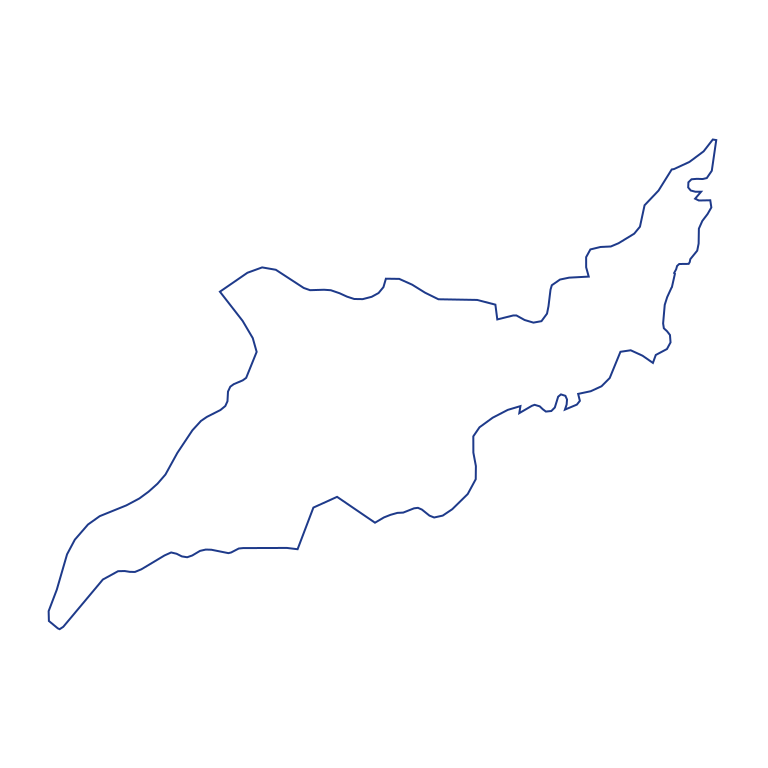 outline of Iloilo, rotated 9°
{"feature_id": "PHL-2529", "entity_name": "Iloilo", "entity_type": "Province", "adm_level": 1, "iso_a3": "PHL", "parent_name": "Philippines", "parent_adm1": "", "projection": "orthographic", "projection_center": [122.71, 11.03], "detail": "fine", "context": "isolated", "style": "outline", "palette": "blue", "viewbox_px": 768, "rotation_deg": 9, "n_neighbors": 0, "source": "natural_earth", "source_scale": "10m", "svg_char_len": 2414}
<svg xmlns="http://www.w3.org/2000/svg" viewBox="0 0 768 768"><g transform="rotate(9 384 384)"><path d="M324.5,560.7L313.8,561.1L270.5,568.1L266.3,569.2L259.4,574.3L256.8,575.4L239.4,574.7L233.9,575.4L228.4,577.6L221.4,583.4L216.7,585.9L211.3,585.9L205.7,584.1L200.1,583.7L194.0,587.7L173.3,605.0L167.4,608.6L162.3,609.3L157.1,609.3L150.6,610.5L136.9,621.1L105.2,674.0L102.0,676.9L100.1,676.4L90.1,670.5L88.3,660.8L93.0,638.3L97.6,601.8L103.0,586.1L113.6,569.1L123.9,559.0L148.5,544.2L160.3,535.3L168.3,527.2L175.9,517.9L182.3,507.6L190.7,484.3L202.0,459.7L209.0,449.1L214.2,444.2L226.5,435.3L230.7,430.6L232.1,425.5L231.1,415.9L232.6,410.7L235.6,407.7L243.9,402.5L246.9,399.5L253.2,372.2L247.2,359.2L234.5,343.8L207.5,318.5L231.7,295.5L245.4,287.9L259.3,288.1L289.7,301.7L296.3,302.9L310.0,300.3L316.8,299.7L325.9,301.3L333.8,303.5L341.3,304.7L349.7,303.5L358.2,299.8L364.4,295.0L368.3,288.4L369.4,279.7L382.6,277.8L396.3,281.5L410.3,287.4L424.5,291.8L462.8,286.4L481.6,288.2L485.8,302.5L500.9,296.1L504.1,295.6L512.9,298.8L522.0,300.0L529.7,297.3L534.0,289.0L534.3,281.5L533.7,264.8L534.3,260.2L541.5,253.3L550.2,250.0L569.4,245.9L565.4,237.1L563.8,227.1L566.8,218.8L576.4,214.8L586.5,212.7L593.6,208.3L607.6,196.4L612.2,188.6L613.4,166.7L624.9,150.0L634.6,127.1L636.7,126.4L650.9,116.9L663.3,104.2L670.5,91.1L674.0,91.1L674.4,122.1L670.6,130.1L666.7,131.7L661.0,132.4L655.7,133.7L653.1,137.2L653.7,142.3L656.7,144.9L661.6,145.4L667.1,144.5L662.3,152.3L666.3,153.5L677.5,151.5L679.7,158.4L677.0,165.5L672.9,173.1L670.7,181.3L672.8,196.1L672.5,203.3L667.0,212.8L666.9,215.7L666.1,217.7L656.8,219.3L655.0,221.6L654.6,225.0L653.2,229.0L654.1,229.6L653.2,243.4L652.9,243.9L650.1,253.9L648.9,261.9L650.2,280.5L651.7,285.2L655.3,287.6L658.8,290.9L660.5,298.1L658.0,305.2L647.9,312.8L646.3,321.1L634.9,315.6L622.4,312.1L612.5,315.2L606.0,342.8L599.2,352.2L589.3,358.8L577.3,363.4L580.1,370.0L577.7,374.2L566.7,381.0L567.6,375.7L567.2,370.7L565.0,367.3L560.4,366.6L558.0,369.3L556.4,380.5L553.5,384.5L548.2,385.9L544.8,384.1L541.3,381.7L536.0,381.0L533.5,382.4L522.2,391.6L522.2,384.5L510.3,390.2L496.6,400.3L485.1,411.8L480.4,421.7L483.0,437.8L487.6,450.7L489.5,463.7L483.9,479.6L471.0,497.0L462.6,504.8L454.4,508.0L449.5,506.9L441.1,502.1L436.9,501.0L433.1,502.1L423.1,508.0L417.4,509.2L410.9,512.2L404.8,515.8L396.8,522.4L355.3,502.8L333.6,517.1L324.5,560.7Z" fill="none" stroke="#1e3a8a" stroke-width="2"/></g></svg>